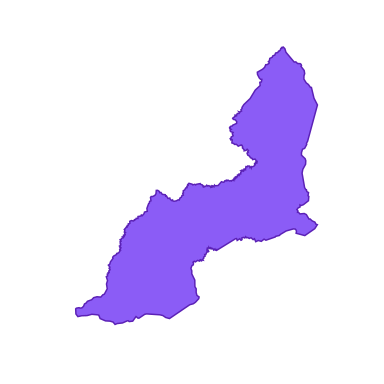 Khao Suan Kwang, Khon Kaen, Thailand, rotated 255°
{"feature_id": "78962969B79183208514946", "entity_name": "Khao Suan Kwang", "entity_type": "district", "adm_level": 2, "iso_a3": "THA", "parent_name": "Thailand", "parent_adm1": "Khon Kaen", "projection": "robinson", "projection_center": [102.806, 16.937], "detail": "fine", "context": "isolated", "style": "filled", "palette": "violet", "viewbox_px": 384, "rotation_deg": 255, "n_neighbors": 0, "source": "geoboundaries", "source_scale": "gbopen_adm2", "svg_char_len": 6049}
<svg xmlns="http://www.w3.org/2000/svg" viewBox="0 0 384 384"><g transform="rotate(255 192 192)"><path d="M109.2,49.4L104.2,48.3L101.2,49.5L101.0,53.5L99.8,58.6L99.8,63.6L97.8,69.0L97.1,70.1L93.5,70.5L89.9,75.1L88.5,79.3L86.8,82.1L84.0,83.4L84.3,85.7L83.5,91.0L84.3,96.1L84.2,97.0L83.1,97.8L82.6,101.3L86.2,105.7L84.1,107.2L83.9,108.3L86.1,114.7L86.0,116.6L81.7,129.2L80.2,131.9L77.6,134.1L75.6,137.5L83.7,160.7L83.7,164.3L84.6,166.8L87.2,170.9L88.8,171.7L90.8,170.0L93.9,170.0L97.4,171.0L99.8,170.3L106.2,171.9L113.0,170.6L115.9,171.4L118.6,171.2L121.0,173.0L121.3,174.4L123.2,175.1L123.9,174.8L124.3,175.4L124.5,176.3L123.6,177.2L124.5,179.7L123.4,181.2L124.0,181.6L123.6,182.3L124.2,182.0L124.4,182.7L123.3,183.5L123.7,184.1L123.3,185.0L124.1,184.7L124.8,186.1L126.1,186.4L126.6,188.0L128.3,188.1L128.0,189.1L131.0,191.4L130.0,191.9L130.3,192.8L132.3,192.4L132.3,191.5L133.1,191.8L133.2,192.5L133.9,192.5L133.6,193.7L134.1,193.9L133.0,194.2L133.5,195.1L132.1,195.6L132.0,196.3L132.8,196.2L131.9,197.5L130.3,197.9L131.0,199.3L130.3,199.3L130.2,200.0L129.9,199.5L129.2,200.5L135.6,221.9L135.5,223.0L133.5,223.1L134.5,226.0L132.7,226.8L132.7,227.3L133.1,228.0L134.7,228.2L134.9,229.8L133.9,231.1L135.0,232.2L133.6,233.0L133.6,234.1L132.3,235.3L132.6,237.2L130.2,238.7L130.7,240.2L127.5,240.7L128.0,243.4L126.4,246.2L127.8,249.4L126.3,250.9L127.0,260.8L127.5,261.3L127.4,265.3L128.1,266.2L130.0,272.9L130.1,280.4L129.4,282.2L128.5,282.6L127.2,282.8L125.2,281.9L120.7,289.7L124.8,301.1L128.0,304.6L128.8,303.4L131.1,302.9L133.0,300.6L135.4,299.1L135.6,298.0L140.6,296.6L142.2,294.8L142.9,290.6L145.0,289.5L145.1,288.7L146.6,289.4L147.9,288.7L149.2,290.5L149.5,292.4L151.5,293.0L150.7,293.7L150.9,296.3L153.4,302.2L157.5,303.7L158.4,303.1L161.3,304.4L162.7,303.0L164.6,303.1L164.9,302.5L167.1,301.9L181.7,303.2L185.2,304.9L189.4,308.9L192.8,310.0L194.9,309.9L199.2,307.3L201.6,307.9L204.7,309.8L205.0,312.1L208.2,315.1L209.5,315.2L211.1,316.8L243.6,335.7L251.0,334.1L262.1,334.4L262.4,333.5L265.8,332.2L267.8,330.6L272.1,329.3L275.2,330.2L277.2,331.5L280.4,331.8L285.1,329.8L285.8,330.5L287.1,330.4L288.0,329.7L288.8,327.2L290.8,326.0L291.1,324.3L302.7,318.9L306.4,318.8L308.4,317.7L308.4,316.3L307.9,316.6L307.5,314.8L306.5,314.2L305.6,313.0L305.7,312.1L304.5,310.9L304.6,308.7L302.8,307.4L302.6,305.3L301.4,304.4L300.9,301.7L298.9,300.8L298.1,299.5L297.3,300.1L296.3,299.7L295.6,297.5L295.9,296.2L293.6,294.4L292.3,291.9L290.8,286.1L288.6,285.7L284.7,286.5L283.1,287.4L282.7,288.6L280.4,287.5L280.4,285.9L277.2,285.4L274.1,279.5L267.2,272.3L263.1,264.8L260.8,262.2L259.6,261.9L258.7,260.5L257.4,260.8L256.9,258.7L257.3,258.1L256.3,258.5L255.7,257.9L256.1,256.1L254.7,254.8L254.9,254.1L254.1,254.6L253.9,253.4L254.3,253.0L253.2,251.9L253.1,250.9L252.5,250.3L251.4,250.8L250.4,252.6L248.3,253.4L246.7,252.8L246.0,248.6L245.4,248.1L245.4,246.2L244.6,245.0L244.0,244.9L243.9,245.5L243.0,245.2L242.4,246.0L242.0,244.9L241.1,244.7L240.1,245.2L238.9,247.1L237.9,246.0L235.7,246.3L234.9,244.0L234.1,243.9L233.7,242.7L232.2,243.0L232.3,244.2L231.9,244.4L229.1,243.2L228.0,244.9L227.0,245.3L226.5,247.3L224.3,248.5L224.7,251.5L224.3,251.5L224.1,252.4L222.2,252.6L221.6,252.1L219.3,253.3L218.3,253.0L218.2,255.0L219.0,256.3L217.4,257.2L216.7,256.3L215.8,256.5L215.3,255.2L213.2,255.4L211.8,256.8L210.0,257.3L208.8,258.8L207.6,258.9L207.5,261.4L205.8,262.1L204.9,261.7L204.7,262.8L203.2,262.1L203.8,260.9L203.3,260.9L203.1,259.7L202.3,259.6L202.2,260.1L201.6,259.6L200.9,258.3L200.7,256.0L200.1,255.6L201.1,255.6L200.6,254.3L202.1,254.3L202.7,252.5L202.1,252.0L202.6,250.7L200.3,249.7L200.6,248.7L199.8,249.0L200.1,248.1L199.4,247.7L199.8,247.3L199.0,247.0L200.2,245.9L200.0,245.0L199.3,246.1L198.5,244.2L196.9,243.8L197.1,242.0L196.5,242.1L196.6,241.3L195.9,241.5L196.4,240.2L195.0,239.8L195.2,239.0L194.7,238.8L195.4,238.3L195.1,237.4L194.2,237.9L193.7,237.2L194.1,236.3L193.2,236.3L193.6,235.4L193.1,234.8L192.4,235.1L192.9,233.8L192.4,232.8L192.9,232.4L192.9,231.1L194.2,229.8L193.8,228.8L194.4,228.3L193.9,228.1L194.3,226.5L193.4,225.7L193.3,224.7L194.3,223.1L191.5,218.9L192.1,215.7L192.8,215.5L191.9,214.6L192.4,213.8L191.7,214.0L192.2,213.2L191.3,213.2L192.0,212.9L191.5,212.7L191.6,211.4L192.8,211.9L192.8,210.7L193.8,210.0L193.7,208.7L194.8,208.0L194.1,207.0L193.8,205.0L194.6,204.9L194.2,204.2L196.1,203.9L197.4,202.1L198.0,202.1L198.3,198.3L197.9,197.4L198.7,196.7L198.7,194.6L199.5,194.2L201.2,191.3L200.2,189.7L199.3,189.9L198.8,188.5L197.5,188.3L197.5,186.9L196.0,185.6L195.4,183.8L193.4,183.5L193.2,182.7L191.3,182.8L191.2,181.4L189.7,180.4L189.3,178.8L187.6,177.7L188.0,176.5L187.5,174.6L187.7,172.2L188.6,171.0L189.3,171.1L189.0,170.2L190.8,169.0L191.9,169.0L192.0,167.1L194.9,166.3L194.8,165.5L196.3,165.5L197.4,162.7L199.6,161.9L199.7,160.7L201.0,160.6L202.5,159.3L202.8,157.9L199.7,156.8L198.4,155.4L197.8,153.0L198.2,151.4L197.5,150.5L194.1,150.1L193.9,148.6L192.3,147.9L192.0,147.1L187.9,144.2L184.9,143.8L184.9,140.9L183.5,140.1L182.0,137.8L182.9,137.1L182.0,136.4L182.3,133.5L180.4,132.9L181.0,131.3L180.2,130.7L180.2,129.3L179.6,129.3L179.2,127.8L180.1,126.1L179.8,124.3L177.8,123.9L177.5,122.9L177.8,122.3L176.4,121.8L176.4,120.9L175.7,120.9L175.6,120.0L174.9,120.2L174.7,119.0L173.3,116.9L172.7,117.3L171.0,116.4L170.3,117.1L170.1,116.3L168.3,116.4L168.2,115.7L167.8,116.0L167.0,115.2L167.4,114.6L166.5,114.6L166.6,113.6L166.0,114.1L165.5,113.6L165.5,111.9L164.3,111.1L164.5,110.3L162.8,110.6L162.8,109.8L160.4,109.3L160.2,109.8L159.0,109.3L158.6,108.1L158.2,108.5L157.4,108.0L156.8,108.9L155.8,108.4L155.6,107.6L154.5,107.8L154.7,107.2L153.6,107.1L152.2,105.4L152.1,103.3L151.2,103.0L150.4,99.7L149.5,98.5L148.3,98.5L145.7,95.2L143.6,93.9L143.0,92.3L140.8,93.2L139.9,92.9L139.8,92.2L138.1,92.7L137.2,91.2L135.7,91.1L135.8,90.1L134.8,90.0L134.6,88.9L132.8,88.8L132.4,87.3L128.3,87.5L125.3,85.6L120.5,85.1L116.0,80.9L115.8,79.3L114.1,76.7L115.4,73.1L115.4,69.7L113.9,67.2L113.5,62.7L112.1,60.9L111.7,59.2L109.7,57.7L108.6,55.7L108.8,53.8L109.5,53.0L109.7,50.2L109.2,49.4Z" fill="#8b5cf6" stroke="#5b21b6" stroke-width="1.5"/></g></svg>